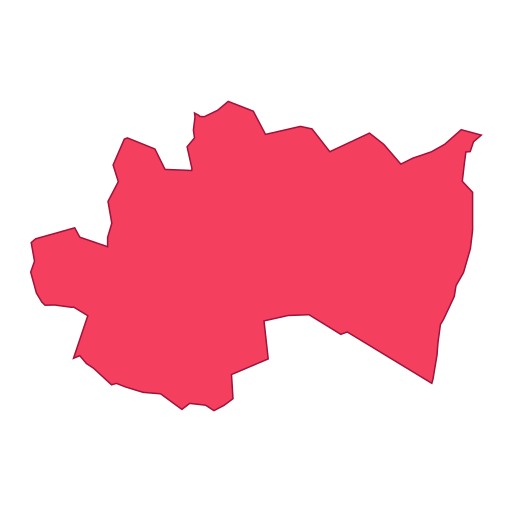 Obokun, Osun, Nigeria (Mercator projection)
{"feature_id": "59680162B29331014496737", "entity_name": "Obokun", "entity_type": "district", "adm_level": 2, "iso_a3": "NGA", "parent_name": "Nigeria", "parent_adm1": "Osun", "projection": "mercator", "projection_center": [4.764, 7.778], "detail": "fine", "context": "isolated", "style": "filled", "palette": "rose", "viewbox_px": 512, "rotation_deg": 0, "n_neighbors": 0, "source": "geoboundaries", "source_scale": "gbopen_adm2", "svg_char_len": 1291}
<svg xmlns="http://www.w3.org/2000/svg" viewBox="0 0 512 512"><path d="M233.0,398.7L231.5,374.5L268.2,358.9L264.0,320.9L288.0,315.5L309.0,314.7L340.9,334.4L341.9,333.9L347.3,332.0L431.8,383.3L432.8,379.9L433.1,378.4L437.1,354.5L437.5,348.3L438.1,341.7L440.4,324.6L443.6,319.2L447.5,310.9L454.3,296.4L456.0,285.7L463.5,272.6L470.4,248.7L471.8,236.9L472.6,230.3L472.6,220.3L472.6,208.6L472.6,192.3L462.3,181.3L464.3,164.0L465.9,152.0L470.2,151.6L473.5,141.8L481.3,135.1L461.2,129.7L444.7,144.3L431.4,151.8L412.9,158.1L400.8,164.1L383.9,144.5L369.5,133.1L329.8,151.7L312.0,128.9L300.4,126.4L265.5,134.4L253.3,111.2L228.2,101.4L217.6,110.3L204.3,116.7L199.7,116.4L198.8,115.3L197.3,114.5L194.5,113.0L195.0,117.0L193.4,130.1L194.5,137.9L187.1,146.8L191.9,168.4L191.7,170.5L165.0,169.4L154.9,149.0L127.4,137.9L124.3,139.1L113.1,165.0L118.3,181.7L108.0,201.4L111.8,223.2L107.6,237.5L107.6,246.7L79.8,237.2L74.7,227.8L35.6,238.8L31.2,242.6L34.5,261.2L30.7,272.1L36.4,293.0L41.8,302.0L45.0,305.2L54.6,305.0L71.7,307.3L73.7,307.1L87.8,315.7L73.5,358.3L79.8,355.7L86.5,363.6L93.5,368.2L111.5,384.8L116.4,383.4L125.7,387.0L136.0,390.2L143.4,392.4L160.6,393.8L181.9,409.4L189.7,403.4L205.6,405.2L213.9,410.6L214.2,410.5L224.1,405.3L233.0,398.7Z" fill="#f43f5e" stroke="#9f1239" stroke-width="1.5"/></svg>